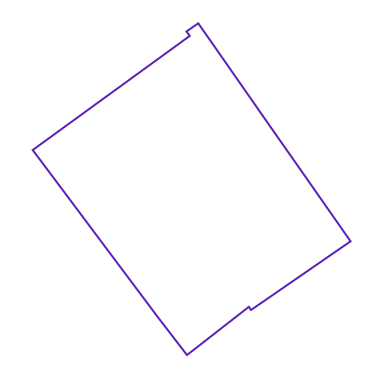 outline of Loventué, La Pampa, Argentina, rotated 324°
{"feature_id": "61730980B54162974925510", "entity_name": "Loventué", "entity_type": "district", "adm_level": 2, "iso_a3": "ARG", "parent_name": "Argentina", "parent_adm1": "La Pampa", "projection": "natural_earth1", "projection_center": [-65.521, -36.478], "detail": "fine", "context": "isolated", "style": "outline", "palette": "violet", "viewbox_px": 384, "rotation_deg": 324, "n_neighbors": 0, "source": "geoboundaries", "source_scale": "gbopen_adm2", "svg_char_len": 490}
<svg xmlns="http://www.w3.org/2000/svg" viewBox="0 0 384 384"><g transform="rotate(324 192 192)"><path d="M87.8,64.4L87.8,64.5L88.4,104.0L89.3,168.7L89.9,210.2L90.8,272.8L92.1,320.9L96.9,320.8L170.5,318.3L170.5,318.9L170.4,322.1L172.9,322.2L291.3,325.1L292.0,285.5L292.6,254.0L293.8,183.5L294.8,132.5L295.7,86.9L296.2,59.3L295.4,59.2L283.3,58.9L281.9,58.9L281.9,63.7L281.9,64.4L280.8,64.4L265.3,64.4L249.8,64.4L90.9,64.4L87.8,64.4Z" fill="none" stroke="#5b21b6" stroke-width="2"/></g></svg>